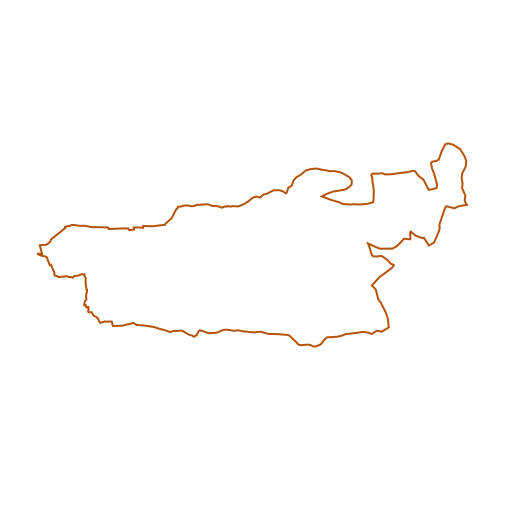 Lisa, Brasov, Romania (Albers equal-area conic projection), rotated 265°
{"feature_id": "2599482B61913429007955", "entity_name": "Lisa", "entity_type": "district", "adm_level": 2, "iso_a3": "ROU", "parent_name": "Romania", "parent_adm1": "Brasov", "projection": "albers", "projection_center": [24.869, 45.68], "detail": "fine", "context": "isolated", "style": "outline", "palette": "amber", "viewbox_px": 512, "rotation_deg": 265, "n_neighbors": 0, "source": "geoboundaries", "source_scale": "gbopen_adm2", "svg_char_len": 5766}
<svg xmlns="http://www.w3.org/2000/svg" viewBox="0 0 512 512"><g transform="rotate(265 256 256)"><path d="M344.5,468.9L344.8,468.5L349.7,462.1L351.3,457.6L351.3,456.3L350.8,454.3L347.4,452.2L344.1,450.1L336.2,446.5L335.0,444.2L334.6,439.9L333.3,438.4L327.8,439.0L322.5,440.6L311.6,442.6L308.1,441.8L307.2,438.6L306.9,433.8L317.2,429.6L322.1,424.5L326.3,422.1L327.3,419.8L326.4,415.0L325.7,397.1L326.0,391.8L327.4,389.2L327.5,383.2L327.9,379.0L326.5,377.9L324.1,378.6L318.8,378.5L315.8,379.0L310.4,379.0L301.9,378.0L299.3,377.3L298.2,370.9L298.3,363.5L299.2,356.9L299.0,355.1L300.1,347.5L302.2,343.7L305.5,335.3L307.4,331.4L309.6,326.9L311.7,331.7L313.5,338.7L314.2,348.6L314.6,351.0L317.1,355.6L319.1,357.5L323.2,358.0L324.8,356.8L326.6,355.6L330.6,349.9L332.2,346.7L333.7,341.7L334.1,336.3L335.0,334.0L336.3,328.8L337.9,323.8L337.8,318.0L336.9,313.2L332.6,306.8L331.3,303.6L328.2,300.1L323.3,298.0L322.3,296.6L321.3,294.2L315.9,291.8L316.1,290.7L318.2,288.3L319.6,284.5L319.9,279.6L319.6,278.3L317.0,272.2L316.7,269.0L314.0,265.5L314.1,264.3L315.1,261.9L315.0,259.8L313.6,256.5L311.5,253.8L308.7,248.5L306.9,242.7L307.7,237.0L307.4,235.0L308.2,232.0L307.7,231.1L308.2,230.1L307.6,228.0L307.5,226.8L307.1,226.4L309.0,222.0L309.6,217.1L311.9,212.2L311.8,209.7L311.9,205.2L312.1,201.5L311.1,198.1L311.3,195.3L312.3,192.5L312.5,188.4L311.8,186.1L311.9,182.6L310.7,182.1L309.1,180.3L300.7,175.0L296.7,169.4L295.4,168.1L295.0,168.1L294.9,163.1L294.6,156.3L295.7,146.2L293.9,146.0L294.5,142.8L295.1,136.8L293.1,136.8L292.9,135.4L292.9,131.8L294.6,131.0L294.8,128.3L295.1,126.0L295.3,120.6L295.5,117.1L295.5,116.0L295.7,112.2L295.7,111.6L295.8,111.4L297.0,111.4L297.3,111.1L297.5,109.5L297.5,109.1L297.6,108.7L297.7,107.4L298.0,105.7L298.1,104.9L298.2,104.0L298.3,102.5L298.4,101.5L298.5,100.8L298.6,100.1L298.7,99.5L298.7,99.0L298.8,98.1L298.9,97.2L298.9,96.8L298.9,96.2L299.0,95.6L299.0,95.2L299.1,94.9L299.3,94.4L299.3,94.1L299.5,93.6L299.9,92.0L300.2,91.1L300.4,90.2L300.7,89.4L300.9,88.5L301.0,88.1L301.1,87.3L301.1,86.7L301.2,85.9L301.3,84.7L301.5,83.1L301.6,82.2L301.9,81.1L302.0,80.6L302.1,80.0L302.4,79.2L302.5,78.5L302.6,77.9L302.8,77.0L302.9,76.3L302.9,75.8L302.8,74.2L302.2,73.3L302.1,72.2L302.1,70.8L301.9,69.6L301.7,68.2L300.9,68.4L300.6,68.5L299.3,66.6L298.7,65.7L298.3,65.1L297.3,63.6L293.8,58.4L290.5,53.3L289.8,53.0L287.9,52.0L286.4,49.7L285.4,48.1L285.6,44.8L285.7,43.3L285.5,41.5L284.8,41.7L282.1,42.2L279.6,42.5L278.0,42.8L276.3,43.0L276.7,41.4L277.0,41.1L277.3,40.0L277.3,38.9L277.4,38.2L276.8,39.0L275.5,41.1L275.2,42.0L274.8,43.2L274.1,45.5L273.8,46.2L272.8,47.6L269.5,48.4L266.7,49.2L264.9,49.7L265.3,51.0L264.3,51.3L260.4,52.6L259.9,52.7L259.4,52.9L258.5,53.2L257.3,53.6L256.9,53.6L256.2,53.6L254.4,53.6L254.0,53.7L253.8,54.7L253.6,55.4L253.3,56.3L252.8,56.7L252.3,57.2L252.2,58.7L252.3,62.0L252.4,65.4L251.4,67.8L251.4,68.4L251.3,69.3L251.1,70.0L250.7,71.0L250.3,71.7L250.8,72.3L251.6,72.8L252.0,73.9L251.8,74.5L251.9,76.1L252.0,77.3L252.6,79.3L253.0,80.3L252.9,81.8L252.8,83.4L251.3,83.4L250.4,83.8L249.7,84.3L248.8,84.4L247.0,84.3L246.3,84.2L244.4,83.9L242.8,84.0L240.1,84.1L237.4,84.2L237.1,84.8L236.0,84.6L234.3,84.1L232.2,83.5L231.7,83.4L231.2,83.4L230.1,83.1L229.7,83.1L229.4,83.2L228.5,83.4L228.0,83.4L227.6,83.2L227.2,83.0L226.4,82.2L225.8,81.6L225.1,81.4L224.4,81.1L223.4,80.8L221.9,80.5L221.8,82.2L219.8,82.3L219.8,84.5L218.2,84.2L217.8,84.8L216.6,84.3L216.1,84.1L215.7,83.9L214.6,84.2L214.3,86.2L214.4,86.8L214.4,87.2L212.6,88.1L211.1,88.9L210.4,89.3L209.5,91.2L207.4,93.2L205.8,93.7L203.0,94.7L203.4,97.2L203.7,98.6L204.0,99.4L203.7,100.7L203.3,106.5L198.9,107.4L198.7,107.5L198.7,108.8L198.4,112.9L198.2,115.7L198.3,117.7L198.5,118.7L198.8,119.4L199.0,120.6L199.0,121.6L199.1,122.9L199.5,124.6L200.0,128.0L197.7,131.1L197.5,132.3L196.4,139.0L195.7,142.0L194.6,146.3L194.3,147.8L191.6,154.2L190.7,156.9L190.1,158.6L189.2,160.6L188.6,161.5L188.1,162.9L187.8,164.8L188.4,166.3L188.4,167.8L188.3,170.1L188.3,174.0L188.1,174.5L187.9,176.2L186.6,177.9L185.8,179.0L184.3,181.1L183.2,183.0L182.4,185.3L180.9,187.2L182.1,189.1L182.0,189.8L186.4,192.5L186.9,193.3L185.1,198.3L183.9,200.3L183.6,201.2L183.1,202.5L183.0,202.8L183.2,203.6L183.0,208.2L183.3,211.7L184.8,215.0L185.3,219.2L184.6,223.2L183.6,226.6L183.4,227.8L183.4,229.1L183.5,230.4L183.6,231.5L183.3,232.7L183.1,233.4L182.9,233.9L182.5,235.4L182.1,236.6L182.0,237.0L181.8,238.3L181.6,239.1L181.5,240.4L181.0,241.8L180.9,242.6L180.7,243.4L180.0,248.3L180.3,250.1L180.0,254.6L177.3,261.6L176.4,269.9L174.9,279.0L174.5,281.0L173.5,282.6L167.2,288.2L164.8,289.9L163.9,290.8L163.3,292.9L163.2,299.9L162.7,302.1L161.0,305.0L160.7,306.6L160.9,308.5L162.4,312.9L163.7,314.1L166.6,316.8L168.8,319.6L168.6,323.8L168.5,330.0L169.2,334.9L170.4,338.4L170.6,347.0L170.7,350.5L171.1,355.8L170.0,360.9L168.2,364.5L171.1,369.9L169.6,374.5L173.3,382.1L182.5,381.8L189.4,380.0L198.5,376.3L202.5,374.0L211.9,372.5L216.7,368.9L224.4,377.4L228.3,383.9L232.5,390.6L234.7,392.5L235.5,391.9L236.6,389.5L240.0,387.1L241.1,385.9L244.0,382.6L245.2,380.7L245.0,376.6L245.4,372.9L246.5,371.6L249.8,370.8L255.8,369.6L258.7,368.6L252.5,379.8L251.5,392.6L252.4,394.7L253.3,396.9L257.3,401.8L260.3,404.8L259.8,407.6L259.2,411.1L259.7,411.4L261.0,411.4L262.0,411.5L262.8,411.3L264.2,411.7L265.9,411.5L266.8,412.3L262.4,416.6L259.2,423.6L259.4,424.9L251.4,429.2L253.8,434.4L258.8,437.3L261.7,438.8L264.6,440.3L267.6,441.4L269.3,441.3L271.4,441.5L286.2,448.0L288.6,449.3L288.9,450.4L286.2,457.8L287.7,461.7L288.1,465.0L288.5,468.3L288.5,469.9L288.5,470.5L291.3,469.3L292.3,468.9L293.6,468.8L297.1,469.7L298.4,469.7L305.8,467.1L309.9,468.1L316.1,467.6L321.1,469.0L325.2,471.7L326.8,472.7L332.5,473.8L337.5,472.3L338.9,471.6L339.3,471.4L344.0,468.9L344.5,468.9Z" fill="none" stroke="#b45309" stroke-width="2"/></g></svg>